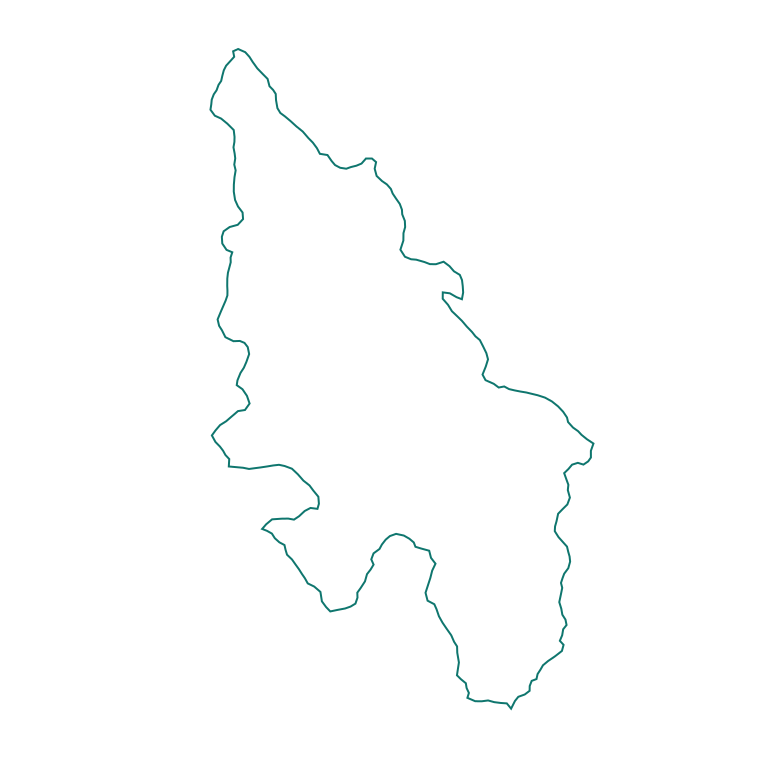 Santa Rita de Caldas, Minas Gerais, Brazil (Mercator projection), rotated 288°
{"feature_id": "56859067B49411657296568", "entity_name": "Santa Rita de Caldas", "entity_type": "district", "adm_level": 2, "iso_a3": "BRA", "parent_name": "Brazil", "parent_adm1": "Minas Gerais", "projection": "mercator", "projection_center": [-46.273, -22.019], "detail": "fine", "context": "isolated", "style": "outline", "palette": "teal", "viewbox_px": 768, "rotation_deg": 288, "n_neighbors": 0, "source": "geoboundaries", "source_scale": "gbopen_adm2", "svg_char_len": 4114}
<svg xmlns="http://www.w3.org/2000/svg" viewBox="0 0 768 768"><g transform="rotate(288 384 384)"><path d="M114.5,605.2L123.0,606.5L128.0,608.4L132.2,613.8L137.2,617.3L141.8,615.9L147.3,616.2L150.5,620.2L155.6,619.7L160.8,621.1L165.6,622.1L171.3,625.7L177.6,630.6L185.1,635.7L191.4,635.4L194.1,630.6L200.1,631.1L206.1,630.2L211.2,632.1L216.0,629.4L219.7,624.9L225.0,622.1L230.7,618.1L238.2,617.3L245.2,616.5L249.5,613.8L254.4,613.8L259.3,614.0L265.8,616.2L272.6,615.9L277.3,613.8L281.3,611.1L285.9,608.3L288.5,603.8L292.3,597.3L296.8,591.9L301.4,590.7L306.7,590.5L314.4,589.7L320.3,592.6L326.1,595.6L333.4,595.9L339.9,591.6L345.1,590.5L349.7,586.9L354.9,582.9L360.2,585.7L365.4,587.8L368.9,592.7L369.0,598.6L373.5,602.1L378.0,603.5L384.4,601.4L392.1,601.6L394.2,594.0L396.7,587.5L399.1,583.2L401.0,577.2L404.7,570.8L408.7,568.4L413.0,562.9L416.5,556.5L419.3,549.1L420.8,541.3L420.8,533.7L420.3,527.3L419.9,522.0L419.0,516.1L418.3,510.4L417.8,504.5L418.8,499.1L416.1,494.2L418.1,488.3L419.0,479.4L423.4,474.8L432.1,475.4L439.6,475.3L445.0,471.8L450.1,466.9L455.4,461.6L457.6,456.2L460.7,451.6L464.2,445.0L468.2,438.5L471.1,432.6L474.2,426.1L479.1,420.4L483.2,413.5L489.3,411.6L490.6,418.6L489.0,426.2L488.7,431.9L495.5,431.0L501.5,428.6L506.9,426.1L511.2,422.4L512.8,415.7L516.3,409.9L518.7,402.9L514.0,396.4L512.2,390.7L512.5,384.8L512.2,376.2L511.0,371.2L511.5,364.6L516.8,358.1L526.4,358.1L533.5,355.9L539.8,355.6L545.6,353.4L551.0,348.9L555.3,347.2L560.1,343.4L564.1,338.1L567.8,333.4L571.6,330.3L574.7,325.1L576.4,319.4L579.6,312.7L585.9,308.6L592.6,307.9L594.7,302.9L592.9,297.2L586.7,294.5L583.1,290.3L580.1,285.5L577.1,281.6L576.1,275.5L577.1,269.8L579.8,265.4L584.3,259.5L583.1,251.9L587.6,247.3L591.6,241.7L594.4,236.3L599.0,228.7L601.9,221.1L605.2,213.8L607.9,207.1L609.7,201.7L613.4,197.4L620.6,193.6L626.4,191.4L629.4,187.7L631.8,183.1L638.2,179.0L641.5,172.6L645.0,166.0L649.7,159.6L653.5,155.0L656.7,149.5L657.5,141.7L653.8,137.7L648.9,140.4L643.5,138.0L638.0,135.5L632.9,134.7L627.2,135.0L621.9,135.5L617.4,134.2L611.6,134.0L606.9,132.6L601.2,132.3L596.7,133.3L591.2,134.2L586.9,140.2L586.1,147.1L583.1,154.7L579.1,162.6L572.8,165.5L568.1,166.9L562.6,167.7L557.1,170.7L552.6,172.8L546.4,173.8L541.3,176.9L534.5,177.9L527.2,179.6L520.5,181.7L513.0,185.5L507.7,190.3L503.4,196.5L497.3,199.0L490.2,195.7L485.6,188.7L479.7,184.3L473.9,184.3L467.6,186.8L462.9,192.8L462.4,199.0L456.9,199.0L452.4,200.6L447.3,200.9L441.6,201.2L435.8,202.4L428.8,204.6L424.3,206.3L419.8,207.7L414.3,207.6L402.8,206.5L394.0,205.8L388.4,209.2L385.0,213.3L379.5,218.7L378.2,227.6L380.4,233.6L380.0,238.6L377.0,243.0L370.8,246.5L362.5,246.3L356.2,245.7L350.2,244.1L342.2,243.5L337.4,244.3L335.3,251.0L330.4,257.3L323.9,262.2L316.3,259.8L313.1,253.5L305.6,248.9L299.8,245.4L294.3,240.8L287.8,238.1L281.9,236.2L276.8,241.6L273.8,247.3L270.8,251.6L267.5,255.1L264.8,260.0L257.6,261.9L259.2,268.9L260.8,275.9L261.5,281.9L263.7,286.5L266.5,292.4L269.5,298.4L272.3,303.8L274.7,309.1L275.3,314.8L275.0,322.6L271.5,330.0L267.2,337.2L264.5,344.5L260.8,349.7L256.5,356.4L250.0,359.1L244.7,359.3L243.4,352.4L238.7,347.8L232.0,344.1L227.2,340.3L226.4,334.5L224.2,328.1L220.7,319.4L214.2,315.3L208.5,312.9L208.2,318.1L207.1,323.6L203.6,327.8L201.1,333.4L200.1,339.1L195.9,341.6L191.7,344.5L188.7,350.7L184.8,355.9L181.6,360.3L178.1,364.5L174.8,368.8L170.8,373.1L169.8,380.2L166.6,387.8L158.1,392.1L154.0,397.8L151.1,403.2L154.5,409.1L158.5,416.4L162.0,421.0L166.3,424.7L172.6,424.8L177.3,423.1L182.6,424.8L190.4,426.9L197.9,426.6L203.4,428.6L209.0,429.9L213.3,426.1L219.7,426.4L225.7,430.7L230.7,431.6L236.5,433.7L241.2,436.6L245.2,441.8L246.0,449.7L244.7,455.9L242.5,461.3L238.9,464.2L239.0,470.0L239.4,478.5L233.2,482.4L229.0,488.5L221.4,487.5L213.9,488.0L204.9,488.0L198.3,488.0L191.4,492.4L190.1,499.9L186.1,503.5L180.1,508.0L175.1,513.4L170.6,519.2L165.8,525.6L160.5,530.3L157.0,534.6L151.1,536.7L142.3,541.3L134.3,542.6L129.5,543.4L127.0,548.4L124.7,554.3L120.4,556.5L116.4,560.2L111.3,560.3L110.5,568.8L112.5,575.1L115.2,580.8L115.5,587.2L116.7,593.5L118.2,599.5L114.5,605.2Z" fill="none" stroke="#0f766e" stroke-width="2"/></g></svg>